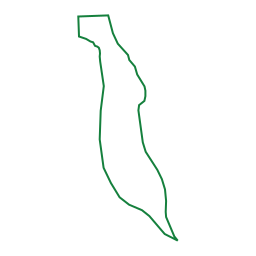 the District of Kayunga
{"feature_id": "UGA-3067", "entity_name": "Kayunga", "entity_type": "District", "adm_level": 1, "iso_a3": "UGA", "parent_name": "Uganda", "parent_adm1": "", "projection": "orthographic", "projection_center": [32.888, 1.01], "detail": "fine", "context": "isolated", "style": "outline", "palette": "green", "viewbox_px": 256, "rotation_deg": 0, "n_neighbors": 0, "source": "natural_earth", "source_scale": "10m", "svg_char_len": 657}
<svg xmlns="http://www.w3.org/2000/svg" viewBox="0 0 256 256"><path d="M100.7,110.7L103.8,86.1L100.2,61.7L99.7,56.5L100.0,53.5L99.7,50.3L98.8,47.7L97.3,46.6L95.0,45.8L93.1,42.3L90.5,41.5L86.1,38.9L79.0,36.5L78.3,16.5L108.2,15.4L112.9,33.2L117.8,43.7L128.0,55.0L129.3,60.0L134.9,66.6L137.2,74.5L144.5,86.4L145.4,90.7L145.4,96.2L144.4,100.9L139.1,105.1L138.4,110.3L142.8,142.4L145.7,151.8L157.3,169.8L161.9,179.2L165.0,189.4L166.1,201.0L165.7,211.9L166.1,217.0L174.3,236.4L177.7,240.6L164.7,234.0L161.5,230.3L149.4,216.1L142.0,210.2L129.1,204.7L119.6,197.3L110.9,183.0L103.6,167.8L99.7,139.4L100.7,110.7Z" fill="none" stroke="#15803d" stroke-width="2"/></svg>